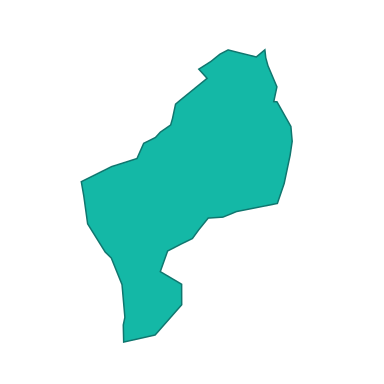 outline of Mo'nxxaan, Sühbaatar, Mongolia, rotated 150°
{"feature_id": "93677404B72955600082369", "entity_name": "Mo'nxxaan", "entity_type": "district", "adm_level": 2, "iso_a3": "MNG", "parent_name": "Mongolia", "parent_adm1": "Sühbaatar", "projection": "albers", "projection_center": [112.193, 47.167], "detail": "fine", "context": "isolated", "style": "filled", "palette": "teal", "viewbox_px": 384, "rotation_deg": 150, "n_neighbors": 0, "source": "geoboundaries", "source_scale": "gbopen_adm2", "svg_char_len": 731}
<svg xmlns="http://www.w3.org/2000/svg" viewBox="0 0 384 384"><g transform="rotate(150 192 192)"><path d="M123.8,139.4L108.0,153.2L88.7,174.7L79.9,185.8L73.6,199.3L73.3,227.6L76.0,229.4L65.9,240.6L63.1,263.4L61.0,271.4L57.8,278.7L68.8,276.8L81.7,289.2L89.7,297.0L98.9,297.4L110.4,295.6L124.7,295.0L122.1,282.9L155.6,277.5L162.3,276.3L172.3,265.2L177.0,260.7L189.4,259.7L196.4,257.5L209.5,258.3L222.9,248.5L248.9,254.2L282.7,256.3L287.8,242.4L298.3,216.6L297.2,183.4L294.9,175.2L298.9,146.8L312.8,117.0L318.0,111.2L326.2,96.2L295.4,86.6L257.3,99.5L247.1,117.3L259.3,138.9L242.6,153.1L227.6,152.4L214.9,151.5L204.8,156.0L191.0,161.3L177.8,154.8L163.2,152.8L123.8,139.4Z" fill="#14b8a6" stroke="#0f766e" stroke-width="1.5"/></g></svg>